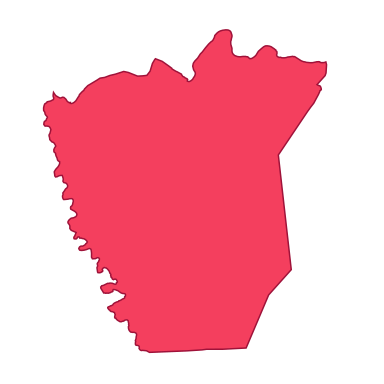 Tataltepec de Valdés, Oaxaca, Mexico (Robinson projection), rotated 86°
{"feature_id": "50627088B54996200211421", "entity_name": "Tataltepec de Valdés", "entity_type": "district", "adm_level": 2, "iso_a3": "MEX", "parent_name": "Mexico", "parent_adm1": "Oaxaca", "projection": "robinson", "projection_center": [-97.541, 16.313], "detail": "fine", "context": "isolated", "style": "filled", "palette": "rose", "viewbox_px": 384, "rotation_deg": 86, "n_neighbors": 0, "source": "geoboundaries", "source_scale": "gbopen_adm2", "svg_char_len": 5931}
<svg xmlns="http://www.w3.org/2000/svg" viewBox="0 0 384 384"><g transform="rotate(86 192 192)"><path d="M346.6,253.7L346.5,252.4L347.2,248.5L349.0,245.6L350.1,208.4L350.2,193.0L349.9,188.5L351.0,172.2L351.4,148.9L300.0,122.7L276.4,98.4L161.1,103.3L119.6,71.0L115.3,67.4L112.0,64.4L103.6,59.1L100.6,57.5L100.0,57.4L99.0,55.9L97.7,55.9L96.1,56.3L95.0,57.0L94.4,58.7L93.6,59.8L85.2,51.1L82.6,50.0L75.2,49.0L74.3,48.9L71.6,49.4L72.0,50.8L72.1,52.0L72.0,53.8L71.7,55.1L71.1,55.4L70.8,56.5L70.9,57.2L70.8,57.8L70.8,58.4L71.4,62.7L71.3,64.8L70.6,69.0L70.1,70.2L69.8,71.6L68.8,73.8L64.2,80.0L64.0,80.7L64.1,81.4L63.7,82.0L64.0,85.7L64.0,86.9L64.5,88.8L64.6,90.7L64.4,93.0L64.1,93.4L64.1,93.7L63.7,94.6L63.9,95.8L63.5,96.2L63.0,97.2L62.1,97.9L60.9,98.0L60.0,97.6L58.9,97.5L57.7,97.6L57.5,97.9L56.7,98.5L56.0,98.6L55.6,99.4L55.1,99.7L52.6,102.9L51.8,104.8L51.4,107.0L51.4,108.7L52.2,110.5L53.9,112.9L56.3,116.0L60.0,118.6L61.3,120.1L62.7,122.5L63.0,123.5L63.0,125.1L61.0,127.0L60.7,128.7L60.4,129.6L60.5,130.5L60.3,131.4L60.5,134.7L60.1,137.1L58.8,140.0L57.1,141.5L55.8,142.1L54.2,142.3L51.4,142.1L47.4,143.0L44.6,142.9L43.4,142.4L41.2,141.8L39.9,141.3L38.4,141.2L35.2,142.0L34.2,142.6L33.5,143.5L32.9,144.7L32.6,147.0L32.8,150.2L33.3,152.5L34.1,154.4L35.3,156.1L37.4,158.3L39.3,158.9L41.8,160.4L42.7,161.2L43.6,162.7L45.6,165.1L49.1,168.5L53.2,172.1L54.8,174.0L58.8,177.0L61.6,180.1L63.7,181.7L66.5,182.5L70.1,181.9L72.8,180.5L74.5,180.4L76.6,181.3L78.1,182.5L79.6,183.5L80.9,185.2L81.6,186.9L81.5,187.9L81.1,188.9L79.9,188.8L79.4,188.5L78.6,189.1L77.8,190.7L76.8,191.7L76.1,193.1L74.5,194.1L73.7,194.3L70.9,198.7L70.5,199.6L67.9,203.3L67.2,203.5L65.1,205.9L59.6,212.6L56.5,219.2L57.5,220.1L61.0,222.5L68.6,225.4L72.5,228.9L72.7,233.2L72.6,238.2L68.3,247.2L67.0,251.7L69.1,260.2L70.0,265.7L71.6,271.1L72.0,275.8L73.9,279.2L78.6,288.5L81.7,292.0L83.4,293.1L83.6,293.7L84.3,294.6L86.3,296.8L87.2,297.6L87.8,297.9L88.6,298.1L89.2,298.8L92.8,301.4L94.2,303.1L95.0,304.6L95.3,305.9L95.1,307.2L94.8,307.4L94.2,307.2L94.2,308.5L94.0,308.8L92.9,310.1L90.5,311.4L88.7,313.2L88.4,314.5L89.0,316.4L89.0,317.2L87.9,319.0L86.5,321.0L85.6,321.7L83.0,323.2L85.7,323.8L87.3,323.8L88.2,323.4L89.2,323.5L90.1,323.8L91.4,326.8L91.9,330.2L92.7,330.7L93.9,332.8L95.4,333.5L97.8,334.2L100.4,334.3L102.1,333.3L104.0,333.1L105.3,332.4L106.9,331.1L107.5,331.0L108.7,331.9L110.5,332.7L111.3,334.3L112.8,334.9L114.4,335.1L116.0,334.0L116.1,332.0L116.6,330.2L117.2,329.6L117.9,329.1L119.9,328.4L123.8,329.7L124.6,330.4L125.9,330.7L127.9,330.3L129.9,330.2L132.4,328.1L132.8,326.9L133.8,326.0L135.3,325.2L136.7,324.7L138.7,326.2L140.2,326.9L142.3,326.9L143.9,325.4L145.1,325.4L146.8,325.0L148.5,324.3L150.7,323.9L151.6,323.3L152.6,321.9L154.6,322.1L156.1,322.9L157.4,323.8L159.8,326.3L162.0,327.9L162.9,328.0L164.6,327.8L165.8,327.8L166.7,327.6L167.5,327.0L167.3,325.3L166.6,323.8L166.4,322.5L166.3,321.5L166.4,320.3L168.8,319.7L170.2,319.5L172.2,320.0L173.6,319.3L174.3,317.2L175.5,316.1L176.8,315.6L178.2,315.8L179.2,316.5L179.9,317.6L180.7,318.4L181.3,318.7L184.0,320.9L185.5,320.8L187.0,321.5L188.8,321.4L190.5,320.7L190.6,319.6L190.5,316.2L190.2,314.7L190.2,312.7L190.6,311.7L191.7,311.1L193.2,311.1L194.5,311.6L196.1,312.0L197.3,312.7L198.2,314.0L199.3,314.3L200.6,314.2L202.2,311.8L202.9,310.6L203.9,309.5L205.2,308.6L206.6,308.4L207.7,308.9L208.6,309.7L209.0,311.0L209.4,311.7L209.7,314.4L211.1,316.4L212.7,317.7L213.9,317.9L214.7,317.6L215.9,316.7L217.0,316.3L218.1,316.2L219.8,316.4L221.3,315.6L222.1,314.6L224.3,310.4L227.4,311.9L228.6,312.8L229.5,313.1L230.4,312.9L230.7,312.0L230.7,310.7L230.4,310.2L229.0,309.1L228.8,308.0L229.5,307.4L230.2,307.2L230.3,305.4L230.7,304.9L231.1,303.1L232.0,301.7L233.2,300.6L234.5,299.9L235.7,300.7L236.2,301.6L237.0,302.1L237.8,303.5L238.4,305.0L238.2,306.5L238.8,307.8L239.5,308.4L240.6,308.9L241.7,308.4L242.3,307.9L242.6,306.1L242.5,303.8L242.1,301.4L241.2,298.6L241.3,297.9L242.1,296.8L242.7,296.7L244.8,296.5L246.5,296.5L250.0,296.8L251.7,296.0L251.8,293.1L250.9,291.0L251.0,290.1L251.6,289.3L252.2,289.0L253.3,289.2L254.0,289.7L254.9,290.0L256.1,291.1L257.1,291.6L258.1,291.3L259.3,291.3L260.9,292.1L265.2,291.8L265.9,291.5L266.1,290.2L266.1,289.4L265.8,288.2L265.3,287.8L265.2,286.9L264.5,286.5L263.7,286.6L263.2,287.0L262.4,286.7L261.6,285.7L261.2,284.8L261.6,283.9L261.8,282.9L262.9,281.7L265.1,280.2L267.4,279.5L268.2,278.9L269.0,278.7L269.9,279.0L270.7,278.6L271.5,278.6L272.1,277.9L273.1,277.6L273.6,277.2L274.0,276.3L273.6,275.7L273.6,274.6L273.8,273.9L274.6,273.3L276.4,272.7L277.0,273.1L277.3,273.8L278.1,273.9L278.6,274.4L278.7,275.2L277.5,277.8L277.1,280.2L277.4,281.1L277.2,282.3L277.4,283.0L278.9,286.7L279.3,288.7L279.9,289.0L280.4,289.7L281.8,289.6L286.6,287.1L286.6,286.1L287.0,285.2L286.9,284.3L287.1,282.3L286.6,280.2L286.1,279.5L286.0,278.6L285.6,277.9L284.5,277.8L283.8,277.3L284.0,275.9L284.3,274.9L284.8,274.0L285.2,272.9L287.6,270.0L288.0,269.2L288.4,268.2L288.7,266.3L289.1,265.8L289.7,265.5L291.2,265.7L291.8,266.5L292.9,266.6L293.4,267.2L294.0,269.0L294.5,269.7L295.4,271.8L295.4,272.5L296.1,273.0L296.5,275.0L297.4,277.2L298.2,278.3L298.9,278.7L299.7,280.1L299.9,281.3L300.4,282.2L300.8,283.6L301.3,284.1L302.2,284.0L303.7,283.0L304.3,282.1L304.8,282.0L305.6,281.1L305.9,279.5L306.5,278.6L306.8,277.8L307.2,277.6L308.1,277.6L308.9,277.1L310.4,277.7L311.5,277.9L312.5,277.5L312.5,276.8L313.8,276.2L314.9,275.0L316.4,272.8L316.5,271.5L316.1,270.5L316.0,269.0L315.5,268.6L315.2,267.9L315.0,266.8L315.0,265.8L315.8,264.7L317.3,264.6L318.5,264.3L319.9,264.5L320.4,264.3L321.3,264.4L321.7,264.8L323.3,264.9L324.9,264.6L325.9,264.2L327.1,263.3L327.6,262.6L327.6,262.0L327.9,260.9L327.9,259.6L328.3,258.7L328.7,257.9L329.9,257.2L331.0,257.3L333.0,257.9L333.9,257.9L336.4,258.9L337.3,258.6L338.0,258.9L339.7,259.1L340.5,258.9L341.0,258.4L341.2,257.1L341.6,256.1L342.3,255.5L343.1,255.4L344.4,255.7L345.0,255.4L346.0,254.7L346.6,253.7Z" fill="#f43f5e" stroke="#9f1239" stroke-width="1.5"/></g></svg>